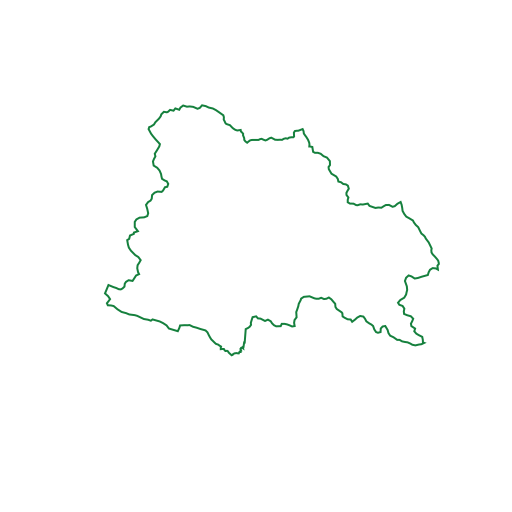 Hulu Terengganu, Terengganu, Malaysia, rotated 143°
{"feature_id": "92858781B28434348300239", "entity_name": "Hulu Terengganu", "entity_type": "district", "adm_level": 2, "iso_a3": "MYS", "parent_name": "Malaysia", "parent_adm1": "Terengganu", "projection": "natural_earth1", "projection_center": [102.769, 5.077], "detail": "fine", "context": "isolated", "style": "outline", "palette": "green", "viewbox_px": 512, "rotation_deg": 143, "n_neighbors": 0, "source": "geoboundaries", "source_scale": "gbopen_adm2", "svg_char_len": 5384}
<svg xmlns="http://www.w3.org/2000/svg" viewBox="0 0 512 512"><g transform="rotate(143 256 256)"><path d="M109.9,162.9L109.9,167.8L109.5,169.7L109.7,171.7L110.4,174.4L109.9,177.3L109.1,181.4L109.7,184.6L109.7,187.7L109.3,189.9L111.0,194.1L112.3,197.0L112.3,200.4L111.8,203.8L110.4,206.2L108.9,209.2L108.0,212.1L111.6,212.6L115.2,212.3L117.3,213.1L119.0,216.7L121.7,218.6L124.1,218.9L126.8,219.1L129.1,221.1L131.7,222.5L135.2,227.7L135.2,230.6L139.7,232.8L141.6,234.5L144.3,235.4L145.4,236.4L146.6,239.1L149.4,241.3L150.4,243.7L148.9,245.7L147.0,247.1L147.0,250.3L145.8,252.0L143.7,253.0L141.4,253.9L140.3,256.9L141.1,259.1L143.0,261.0L143.7,263.7L145.4,265.9L144.3,268.3L144.1,271.2L146.2,276.3L145.6,281.5L144.5,283.4L142.2,284.1L139.9,287.3L140.1,291.9L142.0,295.1L142.8,298.7L144.5,301.2L146.8,302.9L147.7,304.8L145.4,309.2L147.1,311.1L147.5,311.4L146.1,313.0L145.3,314.5L144.5,317.5L144.2,320.9L144.2,322.6L144.1,325.0L142.9,327.1L142.4,329.3L146.8,330.6L148.4,331.7L149.8,332.4L151.5,331.7L153.7,328.5L154.8,328.4L156.4,329.6L158.3,330.6L160.2,330.7L161.4,332.1L163.3,332.9L165.3,333.1L166.7,334.3L168.8,335.7L170.8,337.4L171.5,339.0L172.6,341.3L174.4,341.9L177.2,342.1L178.9,342.6L180.0,344.3L181.0,346.2L182.5,346.9L184.2,347.2L187.7,349.9L189.7,351.3L191.2,351.9L193.3,351.9L194.9,351.8L195.5,353.9L195.5,355.8L194.5,357.2L193.7,360.2L192.7,361.4L192.8,363.0L193.1,364.5L192.4,365.9L193.9,366.7L195.4,367.5L196.6,369.2L197.4,371.4L197.7,372.8L198.1,376.2L199.3,377.9L200.3,379.4L200.4,380.8L200.0,382.3L199.7,384.3L198.1,386.2L197.4,388.1L197.6,388.6L198.9,392.7L200.2,396.6L201.7,399.8L204.4,403.0L205.9,405.9L208.4,408.8L211.8,408.1L214.1,408.8L216.4,412.9L219.0,415.4L221.3,416.8L223.6,420.0L227.0,420.0L229.3,419.0L231.6,422.4L234.4,421.7L236.7,424.4L239.4,424.1L240.7,424.4L242.8,426.6L246.4,426.1L248.1,424.9L250.8,424.1L255.9,423.4L258.4,422.4L262.2,422.7L263.7,423.2L265.1,422.2L265.4,422.0L266.2,416.8L266.2,413.9L266.0,409.5L265.6,405.6L265.4,403.2L267.3,401.7L271.5,400.0L275.3,398.6L276.4,396.1L279.1,394.9L281.4,393.5L283.3,389.8L281.8,385.9L281.6,382.3L282.5,378.6L283.5,376.7L284.6,374.2L283.5,371.3L282.3,369.3L282.7,366.4L285.2,364.7L287.3,365.7L290.9,364.2L292.8,364.0L295.8,366.7L298.9,367.6L302.3,367.2L304.8,364.5L306.9,363.7L309.7,364.0L313.1,363.0L314.5,359.1L316.4,355.0L318.8,353.3L322.1,354.2L325.9,356.7L329.5,357.2L332.3,356.2L335.4,352.1L335.4,348.9L335.4,346.9L339.4,348.2L340.3,347.2L344.3,348.2L347.0,346.0L349.3,346.2L351.4,342.1L352.5,339.2L352.7,335.5L351.9,329.4L350.6,326.0L350.6,322.1L353.3,320.9L356.1,319.9L358.2,317.7L359.9,314.1L360.3,311.9L363.5,312.6L368.1,310.9L369.6,310.4L372.3,313.3L375.3,313.6L377.4,312.9L379.5,310.7L382.2,310.4L384.1,310.7L385.6,312.1L386.9,314.6L388.6,317.0L391.3,321.6L399.1,317.0L398.3,312.9L398.5,309.4L400.8,308.7L403.5,308.0L403.9,306.2L404.0,305.8L401.6,303.8L399.8,301.7L398.7,296.8L397.0,292.2L394.1,288.5L392.4,285.6L388.4,281.7L386.9,279.7L383.5,273.2L380.5,270.0L378.9,267.6L376.8,267.6L372.3,261.7L370.6,258.3L369.2,254.4L369.2,250.5L363.7,243.0L360.5,244.7L358.4,246.2L354.6,243.7L352.5,242.0L350.6,240.8L348.9,237.4L346.6,234.5L344.3,231.1L342.2,228.4L341.1,226.9L340.7,224.2L341.3,221.3L341.7,218.6L341.9,216.2L341.6,214.5L341.2,211.7L340.9,210.0L340.1,208.8L339.5,207.9L339.1,206.4L338.4,204.7L339.3,204.0L340.2,202.8L338.5,201.8L337.6,201.0L337.8,199.6L337.7,199.0L337.6,198.5L336.2,197.7L335.8,196.9L335.9,195.2L335.7,194.0L335.4,192.6L335.2,191.4L334.1,191.1L333.5,191.4L331.8,191.2L330.0,190.2L329.2,189.3L328.4,188.6L327.8,188.9L327.0,189.3L326.2,188.7L325.9,189.4L324.9,189.2L324.6,190.2L324.4,191.1L323.5,191.2L323.1,191.6L322.4,191.4L321.9,190.0L321.3,191.3L320.7,191.4L320.5,191.1L317.5,194.1L317.1,193.7L308.2,203.8L305.5,203.3L303.6,203.3L301.4,204.0L300.4,205.7L297.4,207.9L295.5,209.2L292.2,207.7L292.0,205.0L290.1,203.3L288.8,200.6L287.9,198.7L284.8,198.0L283.5,195.0L283.7,192.6L283.3,189.9L282.2,187.7L278.5,185.1L276.3,186.3L274.0,184.6L272.3,182.6L270.9,180.4L269.6,178.0L267.3,176.8L265.8,179.7L263.7,181.7L260.5,182.6L257.6,187.0L255.7,188.2L252.5,190.4L250.6,192.1L247.0,193.8L245.6,194.8L242.4,194.6L237.5,191.6L236.1,189.2L234.8,187.0L233.5,185.5L231.6,184.1L229.1,183.4L227.6,180.7L225.5,179.5L222.8,179.0L221.9,176.1L221.7,172.4L221.5,170.2L223.2,167.5L223.4,165.1L221.5,159.5L221.5,158.3L223.2,155.6L222.4,153.4L220.9,150.3L218.6,148.3L218.8,145.6L215.4,145.6L212.2,145.9L208.9,145.4L206.7,143.0L206.7,140.3L207.2,137.4L206.1,134.0L205.1,131.8L204.6,129.6L205.7,126.2L205.9,123.0L204.8,121.3L202.3,120.3L200.0,123.0L197.3,123.5L194.9,122.3L195.4,117.7L196.6,114.7L196.8,111.6L195.1,108.4L193.7,104.0L191.8,102.6L190.7,99.9L188.8,97.7L186.9,95.8L185.4,93.1L184.6,91.1L182.5,88.7L179.1,87.2L177.0,86.0L174.0,85.4L174.7,86.5L173.2,88.7L171.9,91.4L173.6,94.8L174.7,97.5L174.9,100.6L172.6,102.3L174.1,106.5L173.0,108.7L170.5,109.9L168.2,111.3L168.6,114.7L170.9,117.7L172.6,120.6L171.3,122.8L169.2,124.7L169.0,127.9L170.9,130.8L170.7,133.2L167.3,134.0L162.7,133.5L159.3,134.9L157.6,136.4L155.7,137.9L153.8,141.0L152.1,146.4L149.2,148.3L145.8,148.6L144.1,146.1L142.8,142.5L139.9,141.0L136.3,139.8L130.2,137.4L127.9,139.1L125.3,140.3L122.2,140.0L119.9,137.9L118.9,135.7L116.9,139.1L114.8,139.6L114.2,140.5L113.3,142.7L113.3,144.9L113.5,147.8L113.9,151.0L113.7,153.2L112.5,155.1L111.2,156.3L110.6,159.3L109.9,162.9Z" fill="none" stroke="#15803d" stroke-width="2"/></g></svg>